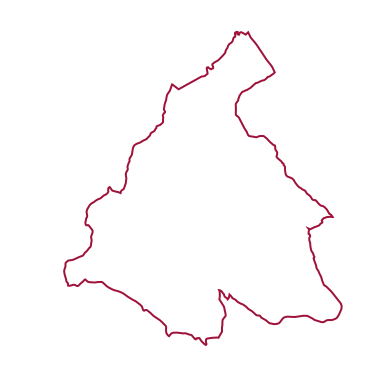 outline of Tibana, Boyacá, Colombia, rotated 263°
{"feature_id": "7082276B18442466536693", "entity_name": "Tibana", "entity_type": "district", "adm_level": 2, "iso_a3": "COL", "parent_name": "Colombia", "parent_adm1": "Boyacá", "projection": "mercator", "projection_center": [-73.383, 5.308], "detail": "fine", "context": "isolated", "style": "outline", "palette": "rose", "viewbox_px": 384, "rotation_deg": 263, "n_neighbors": 0, "source": "geoboundaries", "source_scale": "gbopen_adm2", "svg_char_len": 5951}
<svg xmlns="http://www.w3.org/2000/svg" viewBox="0 0 384 384"><g transform="rotate(263 192 192)"><path d="M114.2,57.6L113.8,59.2L114.4,63.3L113.9,64.8L112.9,66.0L112.6,66.8L112.7,67.5L113.5,68.8L115.0,70.6L116.3,72.7L118.0,74.7L118.2,75.4L115.7,77.5L115.0,79.2L114.0,84.7L114.1,88.2L113.7,91.5L112.7,92.7L109.0,95.8L107.1,98.0L104.2,102.4L102.4,106.9L100.5,110.3L99.1,112.1L95.9,115.5L92.3,120.0L90.5,122.7L86.4,126.9L84.4,128.4L81.2,129.0L80.4,129.4L80.0,130.0L80.5,130.9L80.5,132.1L80.2,132.9L77.3,135.8L73.6,138.8L68.8,144.4L66.5,146.4L62.3,149.6L61.3,149.9L58.1,149.4L55.6,149.3L53.7,150.0L52.0,151.2L51.7,151.7L53.8,153.8L54.2,154.6L54.5,155.5L54.6,156.4L54.2,160.3L52.8,165.6L52.6,168.3L50.9,171.8L50.2,173.7L49.8,174.3L46.1,176.7L45.4,177.4L45.3,177.8L46.2,178.5L46.2,178.8L45.9,179.2L46.2,179.8L46.2,181.4L45.9,181.7L43.9,182.6L42.7,183.3L40.1,185.3L38.5,187.0L38.7,187.4L39.2,187.8L42.2,187.6L43.2,187.8L44.1,188.1L44.4,188.7L44.7,189.5L44.8,194.5L44.5,199.2L44.1,200.5L49.8,204.8L53.8,205.2L55.6,205.8L60.0,206.5L61.3,206.8L62.8,208.1L64.7,210.1L65.5,210.4L68.0,210.4L70.0,210.1L72.4,210.0L74.4,209.7L82.1,206.1L84.6,206.8L86.5,207.1L90.5,207.3L91.3,207.0L91.2,207.5L89.9,209.2L87.7,210.4L86.9,211.1L84.8,211.5L83.4,212.3L82.6,213.6L82.0,214.0L81.1,214.2L81.4,214.7L82.8,215.8L85.6,216.7L83.5,218.4L81.7,219.2L79.6,222.2L77.4,223.8L75.5,226.4L74.2,228.8L72.2,231.1L70.4,232.7L69.3,233.4L66.2,237.2L61.9,240.9L61.4,242.3L61.1,244.0L60.5,244.7L58.9,245.4L55.8,249.6L52.4,252.8L51.0,256.9L50.7,259.4L50.8,260.6L51.3,262.5L52.2,263.6L55.2,266.5L55.9,267.5L56.4,268.5L56.7,271.2L55.4,278.7L55.6,287.6L55.0,291.4L51.8,296.1L50.1,298.0L47.2,304.4L46.8,306.1L47.1,307.7L47.9,309.1L48.3,310.7L48.3,312.3L47.9,314.2L48.0,316.3L48.7,319.0L49.3,320.2L50.7,321.6L52.5,323.0L57.6,326.0L59.6,326.5L61.2,326.6L63.4,326.0L74.9,319.0L77.0,317.6L81.9,313.7L83.5,311.7L84.5,311.4L88.2,310.4L91.2,310.0L94.2,309.1L95.0,308.7L98.6,307.7L99.9,306.9L101.7,306.3L104.2,306.2L109.7,304.8L110.9,304.9L111.5,304.6L112.2,305.4L112.9,305.6L114.1,305.0L116.0,304.8L118.9,303.4L120.3,303.1L123.4,302.9L127.5,303.1L129.4,302.6L131.5,302.7L132.3,302.9L133.4,303.8L134.1,303.9L135.5,303.6L135.6,303.1L136.3,302.6L138.8,303.1L139.9,303.6L140.5,303.6L141.6,303.0L140.7,304.5L140.7,305.2L142.3,309.7L142.5,311.1L143.4,314.2L144.8,315.6L145.8,317.6L146.4,317.8L147.7,317.3L148.1,317.4L149.4,318.8L150.0,319.7L150.7,323.2L150.5,326.7L150.1,327.9L150.1,328.6L152.4,327.3L153.7,325.7L154.9,325.1L158.0,323.8L160.4,322.1L162.1,320.3L162.5,318.8L163.3,317.7L165.0,316.2L167.7,314.5L168.8,313.6L169.1,311.9L169.7,310.8L170.1,310.4L172.9,309.2L174.1,308.3L176.3,306.0L177.4,305.4L179.4,304.5L181.3,301.7L182.7,300.4L183.6,299.0L184.9,297.9L188.5,295.7L191.6,294.4L192.7,293.5L193.5,292.7L195.7,288.7L196.9,287.6L198.5,287.1L203.0,287.0L205.4,287.3L205.9,287.3L207.8,286.2L209.0,286.3L209.7,285.2L211.4,284.5L214.8,281.4L216.0,280.5L217.0,280.2L218.7,281.0L220.6,281.4L221.9,281.0L223.3,280.2L224.6,279.9L227.2,280.1L228.1,279.9L228.3,279.6L228.5,278.9L228.8,278.5L231.9,275.7L236.3,272.5L238.8,269.9L239.2,267.4L239.2,265.4L238.5,262.9L238.5,262.2L239.3,260.1L240.2,256.6L240.7,255.5L241.6,254.7L243.0,254.2L244.5,253.9L248.9,251.8L260.0,247.7L261.5,246.6L262.1,245.8L263.3,244.9L270.7,245.9L272.6,245.9L274.2,246.3L275.9,247.6L276.9,248.8L278.3,249.3L278.7,249.3L280.6,250.4L281.8,250.9L284.9,253.7L285.5,254.8L285.6,255.7L286.4,257.8L286.4,258.8L286.7,259.4L287.4,260.7L288.0,262.4L291.3,267.0L292.3,268.6L292.4,270.0L294.0,274.9L294.2,277.1L294.6,278.1L295.7,279.9L297.0,281.1L297.2,283.0L299.5,287.3L300.6,288.7L305.6,287.1L307.8,286.1L314.3,282.1L330.1,274.2L333.1,272.4L338.1,269.1L343.7,267.2L342.3,265.2L341.8,264.9L341.7,264.4L343.3,262.4L344.5,260.5L344.6,259.6L344.4,259.2L343.7,258.4L342.5,258.0L342.6,257.0L343.5,256.1L344.0,256.3L344.6,256.9L345.3,256.8L345.5,255.8L345.0,254.5L344.6,254.1L344.1,253.9L341.8,254.0L340.8,253.7L340.7,253.0L340.1,252.2L338.8,251.5L337.0,250.8L336.1,250.0L335.6,249.5L334.8,247.9L333.9,246.6L333.2,246.1L332.5,245.5L330.9,244.8L328.3,242.7L327.0,242.3L325.7,241.5L323.9,239.6L319.9,234.6L319.0,233.0L318.3,231.0L317.5,229.4L317.0,228.9L316.8,228.2L316.3,227.8L315.5,227.6L314.1,228.2L312.8,228.2L312.2,228.0L312.1,227.1L311.5,226.1L311.5,225.8L313.2,223.6L313.9,223.1L313.6,221.9L313.1,221.7L307.5,221.9L305.5,218.7L305.4,215.5L295.6,191.2L301.0,185.7L301.2,185.3L295.8,182.7L294.6,181.9L292.5,179.9L291.0,178.9L288.3,178.0L286.2,177.5L285.4,177.0L281.8,175.3L280.4,175.1L278.3,174.3L277.8,174.2L276.4,174.4L275.1,175.1L274.2,174.8L273.6,173.7L271.9,172.5L271.0,172.3L269.6,172.6L268.7,172.4L267.7,172.0L265.3,171.9L264.4,171.4L262.5,168.7L261.7,165.4L261.4,164.8L259.7,164.3L258.9,163.3L257.4,162.4L256.9,161.7L256.2,159.9L255.4,158.4L254.8,157.9L253.1,157.1L251.5,154.9L250.0,153.2L249.0,149.9L247.4,146.5L246.6,142.9L245.4,140.5L244.0,139.4L243.3,139.0L241.4,138.3L236.7,137.0L235.4,136.2L233.4,134.5L232.1,133.9L230.2,133.8L228.4,132.6L225.3,131.1L224.2,131.0L223.0,131.1L222.4,131.0L221.8,130.8L219.6,129.2L218.6,128.7L217.1,128.4L213.5,128.5L208.7,127.3L204.4,125.2L203.2,124.5L202.8,123.8L202.7,123.3L202.2,122.4L201.8,122.0L201.2,121.6L199.6,120.9L200.6,119.4L202.4,114.6L203.1,113.1L206.9,110.9L206.8,110.6L206.4,109.8L205.7,109.4L204.6,109.1L202.6,109.0L201.0,107.9L199.8,105.8L199.2,103.8L197.2,101.0L196.6,99.6L196.2,97.7L195.4,95.9L193.6,92.7L193.1,91.2L192.6,90.4L191.5,88.9L187.3,85.7L185.4,85.0L184.6,84.9L181.0,85.1L179.7,84.6L178.4,83.6L176.6,83.2L175.6,82.7L174.3,82.4L172.7,82.5L171.8,83.0L171.7,83.5L171.9,84.7L171.3,85.5L166.4,88.4L165.5,88.6L163.7,88.3L160.5,86.6L158.9,86.3L157.2,86.5L155.6,86.4L152.8,85.5L151.4,85.2L149.6,84.3L148.7,82.8L147.3,81.6L145.4,79.4L145.3,79.0L144.6,78.1L142.3,76.2L141.9,75.0L141.1,71.7L139.3,66.1L139.0,63.0L139.1,60.8L137.1,58.0L136.2,57.7L133.4,57.3L130.6,55.9L128.6,55.4L125.1,55.6L120.7,56.4L118.3,56.5L116.6,57.7L114.2,57.6Z" fill="none" stroke="#9f1239" stroke-width="2"/></g></svg>